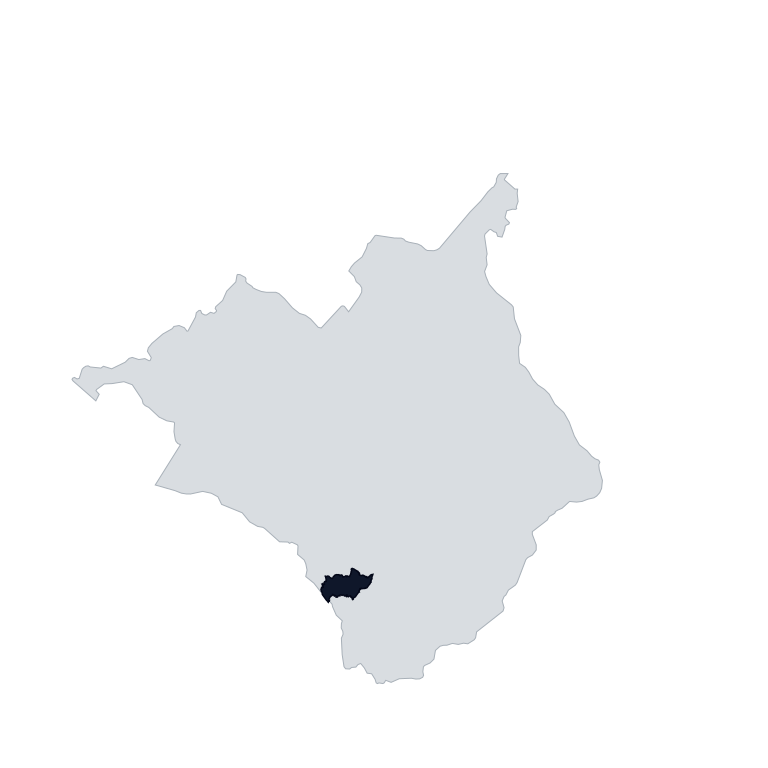 Lubero, Nord-Kivu, Democratic Republic of the Congo shown in context, rotated 131°
{"feature_id": "63176286B45916106821058", "entity_name": "Lubero", "entity_type": "district", "adm_level": 2, "iso_a3": "COD", "parent_name": "Democratic Republic of the Congo", "parent_adm1": "Nord-Kivu", "projection": "orthographic", "projection_center": [28.988, -0.062], "detail": "fine", "context": "in_parent", "style": "filled", "palette": "ink", "viewbox_px": 768, "rotation_deg": 131, "n_neighbors": 0, "source": "geoboundaries", "source_scale": "gbopen_adm2", "svg_char_len": 8837}
<svg xmlns="http://www.w3.org/2000/svg" viewBox="0 0 768 768"><g transform="rotate(131 384 384)"><path d="M610.3,490.4L563.3,497.8L564.2,500.5L563.8,503.3L562.6,505.4L557.8,511.2L550.7,516.6L550.7,517.8L554.3,523.8L556.5,531.9L556.0,546.2L557.0,550.0L556.8,553.0L554.4,556.4L549.7,573.5L552.9,581.8L562.1,589.5L567.5,595.2L576.6,597.3L578.0,597.0L578.6,592.2L585.8,590.4L585.7,620.7L585.2,622.5L583.9,622.8L582.1,621.9L581.6,619.0L579.7,617.7L570.9,621.5L568.7,621.4L566.2,620.7L564.4,619.2L563.9,616.9L557.7,608.1L554.7,607.4L551.2,599.5L537.3,593.6L531.9,593.2L529.1,591.4L526.4,585.1L521.7,581.1L520.6,576.6L519.7,575.9L516.8,576.9L514.5,584.0L511.3,585.6L505.6,585.8L491.3,583.7L481.1,580.1L478.4,580.3L474.3,577.0L472.5,571.6L473.4,567.3L472.6,566.7L457.1,570.2L453.4,572.4L449.9,571.9L448.8,570.7L450.3,567.8L449.5,564.6L448.3,563.2L443.7,562.0L442.2,558.6L439.3,558.1L438.4,558.6L437.8,560.9L436.1,561.7L426.8,560.6L417.1,563.6L404.2,562.8L398.2,566.4L397.3,566.3L395.9,564.4L394.6,558.7L395.2,557.1L397.1,555.9L397.7,553.6L396.9,547.6L397.4,546.2L396.6,542.7L394.6,537.2L391.8,532.7L385.8,525.9L384.7,522.7L384.9,515.1L386.6,503.1L386.2,494.2L383.7,488.4L383.1,482.1L384.4,470.8L382.9,468.1L353.3,467.2L352.0,466.3L351.4,464.8L352.7,458.1L334.7,459.8L329.3,461.1L326.1,463.8L325.0,467.2L325.0,472.1L322.4,476.8L321.8,484.7L316.9,485.6L312.0,485.6L302.4,483.9L293.2,486.2L288.7,488.3L286.3,487.3L278.0,488.1L276.9,487.5L267.0,471.9L262.6,466.7L261.7,464.1L262.0,461.7L260.8,458.5L256.2,450.4L255.2,446.7L255.3,440.8L254.8,438.9L250.7,433.8L248.0,432.1L245.1,431.2L197.6,431.9L182.0,431.0L170.6,431.7L164.9,431.2L163.3,430.5L158.1,431.6L155.4,433.7L151.4,434.8L148.9,434.3L143.9,428.5L150.5,427.5L150.9,426.9L151.0,413.0L149.2,411.0L152.7,408.6L158.3,402.5L163.8,400.3L164.5,399.0L165.7,399.1L167.8,401.7L172.7,405.0L178.7,402.1L179.3,401.2L179.9,395.2L181.4,394.7L184.0,396.0L185.5,396.0L188.1,394.3L195.7,391.3L198.0,395.1L196.0,398.6L197.0,401.0L197.3,404.9L198.5,405.7L204.6,406.1L206.4,405.2L218.2,391.5L221.4,389.9L226.4,384.4L233.1,381.9L236.0,377.6L239.8,369.9L241.4,358.8L240.6,339.6L241.1,337.0L249.2,328.3L257.6,312.6L263.3,308.4L267.6,306.8L274.2,301.0L279.5,295.2L278.7,288.3L280.0,282.5L282.8,275.1L283.8,267.4L282.8,259.2L283.3,252.5L287.2,241.8L287.6,229.5L291.2,219.3L298.4,206.2L301.8,196.5L301.2,186.9L302.3,179.9L302.0,175.7L300.7,172.1L301.4,169.8L304.1,168.9L307.4,165.3L313.5,155.9L320.0,151.3L324.5,149.9L329.1,150.0L332.2,150.9L337.1,154.5L342.7,157.5L346.8,161.2L350.9,166.9L361.0,168.1L365.3,170.2L367.9,171.0L368.9,170.4L370.9,170.7L375.7,172.4L379.5,171.5L398.1,175.2L400.2,173.4L405.5,163.6L409.5,160.2L415.8,159.8L420.8,161.7L423.5,161.7L446.5,153.3L449.5,152.9L457.9,154.9L463.3,153.6L465.5,154.0L470.2,152.5L474.1,146.6L477.3,145.2L510.3,151.5L515.4,148.4L517.8,148.1L525.1,150.3L527.4,153.9L531.8,157.1L534.9,162.2L539.8,165.1L542.3,167.8L545.2,169.7L551.3,170.4L558.9,165.8L564.3,166.2L569.8,168.7L571.6,168.7L575.7,165.9L577.9,163.0L580.0,162.4L583.2,163.7L585.8,166.4L588.1,170.3L596.4,179.1L604.5,182.9L606.5,188.3L609.4,187.8L610.8,188.3L612.9,191.7L614.4,192.4L614.7,193.8L612.7,197.0L610.8,203.2L613.3,207.0L611.2,212.5L610.2,218.2L612.8,219.6L616.1,219.5L619.2,222.5L621.6,222.9L624.1,226.1L623.6,228.7L615.7,238.0L603.8,249.4L599.7,250.7L597.7,252.8L596.2,256.2L592.7,259.0L590.1,260.1L589.8,268.3L585.8,276.8L584.3,278.6L582.1,292.4L582.5,294.8L580.3,306.2L580.7,316.7L574.9,320.0L570.9,325.2L569.2,328.8L569.3,337.4L562.7,342.6L562.2,343.8L563.9,349.8L566.3,350.8L566.3,352.8L571.6,359.3L571.3,379.3L571.6,381.3L574.4,386.0L576.2,395.0L574.2,406.5L581.4,427.6L578.1,435.3L579.7,442.6L584.0,450.4L594.0,457.9L596.7,461.1L599.3,465.3L601.6,471.8L610.3,490.4Z" fill="#d9dde1" stroke="#a8b0b8" stroke-width="1"/><path d="M544.0,287.0L544.4,287.2L544.6,287.1L544.9,287.3L545.2,287.2L545.4,287.1L545.7,286.4L545.8,286.3L546.6,285.8L547.2,285.7L547.6,285.1L548.2,285.1L548.9,284.7L549.2,284.4L549.5,284.3L549.8,284.3L550.8,284.0L551.8,283.9L552.0,283.7L552.4,284.1L552.5,284.6L552.8,285.1L553.0,285.4L553.2,285.6L553.1,285.8L553.4,285.9L553.5,286.1L553.7,285.7L553.9,285.7L554.0,285.8L553.9,286.0L553.8,286.5L553.7,286.8L553.8,286.9L554.0,286.8L554.5,287.1L554.8,287.1L555.6,287.7L556.2,288.0L556.2,288.3L556.4,288.3L556.6,288.4L555.8,290.1L555.8,290.3L556.1,290.8L556.2,291.1L556.5,291.3L557.0,291.2L557.3,291.3L557.5,291.4L557.6,291.5L557.7,291.9L557.6,292.3L557.4,292.6L557.4,292.8L557.7,293.2L558.2,293.6L558.8,294.5L559.2,294.9L559.7,295.1L560.2,295.6L560.8,295.6L561.2,295.6L561.6,295.5L561.9,295.6L562.1,295.8L562.5,295.8L562.6,295.6L563.3,295.6L563.8,295.4L564.1,295.4L564.3,295.4L564.8,295.5L565.0,295.9L564.9,296.1L565.3,296.9L565.5,297.8L565.5,298.4L565.4,298.9L565.3,299.0L565.3,299.3L565.5,299.9L566.0,300.6L566.4,300.7L566.9,300.7L567.0,300.8L567.3,302.0L567.6,302.2L567.7,301.9L567.9,301.5L568.1,301.2L568.5,300.8L568.9,300.1L568.9,299.9L569.2,299.4L569.6,299.4L570.0,299.2L570.6,298.6L570.6,298.2L570.8,298.1L571.0,298.2L571.4,298.6L571.8,298.9L572.0,299.1L573.3,298.9L574.2,298.3L574.4,298.1L574.3,297.6L574.5,297.6L574.7,297.8L575.1,297.9L575.5,297.9L575.4,298.2L575.2,298.5L575.2,298.8L575.3,298.7L575.3,298.8L575.2,298.9L575.2,299.0L575.3,299.1L575.6,298.6L575.9,298.5L576.0,298.8L576.2,298.3L576.3,298.3L576.3,298.2L576.6,297.9L576.7,297.7L577.1,297.4L576.9,296.9L577.2,296.7L577.3,296.5L577.5,296.6L577.8,296.9L578.0,296.9L578.0,297.0L577.9,297.1L578.1,297.1L578.2,297.3L578.2,297.5L578.4,297.7L579.4,297.1L579.1,296.9L579.6,297.0L580.1,297.0L580.5,296.7L580.9,296.1L581.1,295.9L581.3,295.6L581.6,295.2L581.6,294.8L581.8,294.2L581.9,293.9L582.0,293.9L582.4,293.5L582.5,293.1L582.4,293.1L582.6,293.0L582.7,292.9L582.8,292.9L582.9,292.7L583.3,292.5L585.0,285.3L584.9,283.9L585.1,283.6L585.3,283.1L585.3,282.9L585.1,283.0L584.9,283.0L584.5,283.0L584.3,283.0L584.0,282.9L583.9,282.8L583.7,282.9L584.0,283.0L583.7,283.0L583.4,283.8L583.2,283.9L582.7,284.1L582.4,284.4L581.5,284.6L581.1,284.7L580.3,284.9L579.7,285.0L579.4,284.8L578.2,284.7L577.6,284.4L577.3,284.4L576.9,284.4L576.4,284.6L576.2,283.9L576.2,283.5L576.3,283.4L576.5,283.2L576.6,282.7L576.5,282.1L576.4,282.0L576.1,282.0L575.8,282.3L575.7,282.2L575.4,281.8L575.5,281.3L575.7,281.2L575.7,280.5L575.6,280.0L575.7,279.9L575.9,279.9L575.6,279.6L575.3,279.3L573.7,279.6L573.5,279.4L573.4,279.3L573.4,279.1L573.0,278.6L572.9,278.3L572.7,278.4L572.6,278.6L572.4,278.9L572.2,278.9L571.8,278.4L571.3,278.1L571.1,277.0L570.1,276.5L569.8,276.2L569.7,276.0L569.9,275.2L569.7,275.0L569.6,274.8L569.7,274.5L569.7,274.3L569.3,274.0L569.0,273.9L568.8,274.1L568.2,274.1L567.5,273.8L567.4,273.7L567.5,273.4L568.0,273.3L568.3,273.2L568.9,272.7L568.4,272.4L568.2,272.1L568.0,271.4L567.9,271.2L566.2,270.8L566.0,270.6L566.0,270.4L565.9,270.3L566.0,270.2L566.3,269.5L566.5,269.4L566.6,269.2L566.4,268.8L566.2,268.7L566.1,268.3L566.3,267.9L566.5,267.7L566.8,267.4L566.8,267.2L567.1,266.9L567.1,266.5L567.2,266.4L567.4,266.1L567.3,265.9L567.5,265.7L567.1,266.0L566.3,266.1L566.0,266.7L565.7,266.7L565.2,266.7L564.2,266.2L563.4,266.0L560.9,266.3L557.9,266.5L557.5,266.5L557.2,266.2L557.1,266.4L556.9,266.6L556.8,266.8L556.6,266.9L556.6,267.1L556.0,267.1L555.9,267.1L555.8,267.3L555.4,267.3L555.1,267.6L554.5,267.8L554.5,267.7L554.5,267.2L554.2,267.1L553.8,267.2L553.7,267.1L553.4,267.4L553.0,267.1L553.1,266.9L553.2,266.6L552.8,266.3L552.6,266.1L552.5,265.9L552.0,265.6L551.7,265.2L551.4,264.8L551.1,264.8L551.0,264.6L550.8,264.4L550.6,264.4L550.3,264.3L550.3,264.1L550.0,264.1L549.9,263.7L549.4,263.5L548.9,263.2L546.9,263.4L546.6,263.5L544.3,263.5L542.7,263.9L542.2,263.7L542.0,263.8L542.0,264.1L541.8,264.1L541.4,264.4L541.4,264.7L541.0,264.9L540.7,264.8L540.3,265.2L540.1,265.4L539.7,265.4L539.5,265.2L539.1,265.2L538.8,265.4L538.3,265.8L537.5,266.7L536.6,266.8L535.0,267.5L535.4,267.8L535.6,267.8L535.9,268.2L536.1,268.3L536.2,268.5L536.5,268.6L536.8,268.6L537.2,268.8L537.5,268.7L537.8,268.8L538.0,268.8L538.1,268.7L538.6,268.8L538.8,268.8L539.1,268.8L539.2,269.0L539.8,269.0L540.4,269.0L540.6,269.3L540.9,269.2L541.0,269.6L540.9,269.9L541.1,269.9L541.2,270.0L541.5,270.1L541.6,270.5L541.4,270.6L541.1,270.8L541.4,271.0L541.3,271.3L541.6,271.3L541.8,271.5L541.7,272.4L541.9,272.6L541.7,272.8L541.7,273.2L541.9,273.8L542.0,273.9L542.0,274.2L542.0,274.3L542.2,274.5L542.4,274.8L542.5,274.8L542.9,275.1L543.0,275.2L543.3,275.1L543.7,275.5L543.5,276.2L543.3,276.3L543.6,276.3L543.8,276.4L544.2,277.2L544.2,277.4L543.8,277.6L543.8,277.8L543.6,277.8L543.6,278.1L542.9,278.4L542.9,278.5L543.0,278.7L542.8,279.1L543.0,279.3L543.0,279.5L542.8,280.0L542.9,280.3L542.7,280.5L542.8,280.6L542.9,280.8L542.8,281.0L542.6,281.2L542.9,281.8L542.9,282.1L542.9,282.4L543.0,282.6L543.1,283.2L543.2,283.6L543.2,284.0L543.3,284.5L543.3,285.1L543.5,285.5L543.6,285.9L543.8,286.2L544.0,287.0Z" fill="#0f172a" stroke="#020617" stroke-width="1.5"/></g></svg>